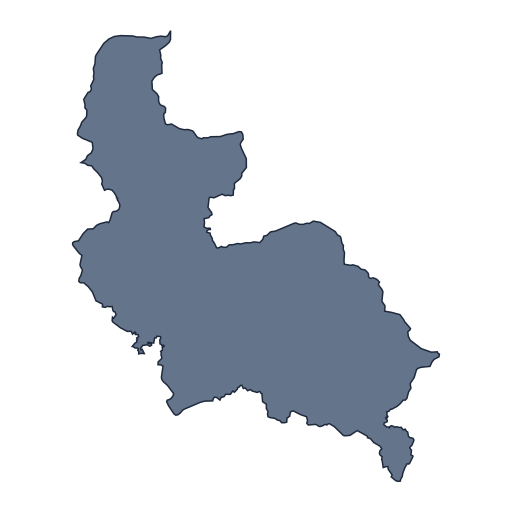 the district of Dong Hy, Thái Nguyên, Vietnam
{"feature_id": "81297802B71869801036686", "entity_name": "Dong Hy", "entity_type": "district", "adm_level": 2, "iso_a3": "VNM", "parent_name": "Vietnam", "parent_adm1": "Thái Nguyên", "projection": "mercator", "projection_center": [105.922, 21.685], "detail": "fine", "context": "isolated", "style": "filled", "palette": "slate", "viewbox_px": 512, "rotation_deg": 0, "n_neighbors": 0, "source": "geoboundaries", "source_scale": "gbopen_adm2", "svg_char_len": 6024}
<svg xmlns="http://www.w3.org/2000/svg" viewBox="0 0 512 512"><path d="M88.2,92.2L84.0,98.8L83.8,99.9L85.0,104.6L84.9,107.9L86.9,110.2L86.6,116.2L85.9,117.6L81.8,122.2L80.3,126.2L78.0,130.1L77.4,134.0L77.7,135.1L82.4,138.3L91.7,142.1L92.3,142.7L93.0,148.8L91.3,152.9L87.6,155.5L85.8,159.3L81.0,162.6L84.8,163.3L87.9,165.4L91.7,165.8L93.8,168.9L97.6,172.6L101.6,177.7L102.4,181.3L101.7,184.0L104.5,190.3L107.0,189.2L108.7,189.1L112.1,190.2L114.5,193.1L116.5,196.6L116.5,197.8L117.8,198.4L117.2,199.7L118.7,201.9L119.9,205.0L119.3,208.5L118.7,209.4L116.6,211.1L113.3,211.6L112.1,212.8L110.0,220.2L108.6,222.7L106.9,221.9L99.9,223.7L96.6,225.3L93.2,228.8L87.6,229.1L83.1,233.7L78.5,240.8L74.3,241.6L72.7,242.7L72.6,244.3L73.2,245.7L79.2,253.3L81.9,255.4L80.0,264.4L80.3,266.2L82.2,269.6L82.3,270.8L80.7,275.9L79.2,278.2L78.8,281.3L79.5,282.2L80.7,282.8L83.7,282.8L88.2,286.6L92.5,292.1L96.0,300.9L102.3,304.0L102.7,305.4L102.3,306.8L105.1,307.4L107.6,306.3L109.4,306.8L112.1,306.4L112.9,310.4L113.6,311.5L114.9,311.8L116.1,314.6L113.6,318.3L112.5,317.2L112.1,320.5L112.8,322.0L120.6,327.9L127.3,331.4L131.0,331.3L132.6,334.2L134.9,332.0L135.8,333.0L135.2,333.7L135.3,334.5L138.0,334.6L138.7,336.7L136.8,337.8L136.8,338.5L137.5,339.5L136.6,340.1L136.8,342.1L134.9,343.2L132.2,346.5L133.7,346.8L134.6,347.8L137.7,348.2L138.4,348.8L137.7,350.2L138.7,351.4L138.7,353.9L140.9,353.4L144.3,353.6L142.2,349.3L140.9,349.9L140.7,349.5L140.8,348.1L142.8,345.4L147.4,344.8L149.7,346.2L150.3,346.0L151.6,345.2L151.4,343.8L147.6,343.1L148.0,342.3L153.7,343.1L154.6,338.0L156.2,337.9L156.9,336.2L160.5,336.6L160.8,338.0L159.8,339.9L160.0,343.9L161.4,344.6L162.1,346.0L163.6,345.2L164.0,346.1L164.0,346.5L162.3,347.4L162.4,350.2L160.6,351.3L161.4,353.1L160.9,354.6L161.7,357.0L161.7,358.5L158.1,362.0L158.0,364.7L160.9,364.9L163.0,366.2L161.4,377.2L161.8,379.4L163.2,381.6L167.4,385.3L173.6,393.6L173.2,395.5L171.1,398.3L169.6,399.4L167.3,400.1L166.6,401.5L168.5,405.7L173.9,413.8L175.8,415.2L177.9,414.8L180.3,413.0L182.7,410.2L184.1,409.2L200.6,402.2L205.0,401.1L212.7,400.9L213.4,398.5L214.6,397.1L216.8,397.5L219.9,400.1L221.2,397.3L223.9,396.8L225.7,394.2L230.4,394.4L232.6,391.2L233.2,391.0L234.2,392.2L234.8,391.9L237.4,389.1L237.7,387.5L239.4,386.9L240.5,385.4L241.9,385.3L243.3,388.5L244.5,388.0L245.6,388.3L247.5,390.7L250.6,389.6L251.9,390.9L257.3,392.5L259.2,391.4L259.8,391.6L261.1,393.4L261.9,393.7L262.6,401.7L266.4,404.3L266.3,408.4L268.1,411.8L267.5,413.9L268.0,416.7L270.1,417.6L275.0,418.4L277.2,420.0L279.9,420.6L281.6,422.7L284.7,422.7L286.7,422.2L287.0,418.1L289.7,416.2L290.4,412.0L293.0,410.8L300.5,414.6L306.5,416.7L307.5,420.5L306.8,423.4L308.3,425.0L315.3,424.4L316.5,424.7L319.0,426.4L320.2,426.5L322.4,425.9L325.0,424.4L326.9,425.0L327.6,424.1L329.5,423.7L334.4,426.7L343.3,435.4L344.7,435.8L349.9,435.4L357.2,430.6L366.9,435.9L367.5,436.5L367.5,437.7L370.5,438.7L373.7,442.5L379.9,446.1L381.8,448.9L380.1,450.4L379.4,453.2L379.9,454.8L382.2,456.9L381.6,459.4L382.2,460.9L383.2,467.6L386.0,466.6L388.0,466.7L388.2,469.3L392.1,474.9L391.2,476.9L395.7,480.6L397.5,481.3L400.2,481.2L400.9,478.9L402.2,476.6L402.8,473.2L404.9,467.7L407.0,463.9L408.9,464.0L409.6,463.3L412.9,456.7L412.9,455.9L410.9,454.8L411.5,450.3L409.7,447.8L410.3,446.7L411.8,445.5L413.8,440.7L413.8,439.6L413.0,438.3L409.6,437.5L408.4,436.1L407.7,432.0L406.4,431.2L405.2,429.1L403.3,429.9L401.1,427.2L399.5,427.5L396.4,426.7L394.5,427.3L393.8,426.4L391.3,425.7L390.0,426.5L389.4,427.8L388.7,427.0L386.9,427.1L383.8,424.6L384.2,423.0L386.8,422.0L387.3,421.2L387.3,420.3L385.6,418.0L386.3,417.1L386.9,418.1L387.9,416.5L386.8,414.8L387.0,413.1L386.6,411.9L388.9,411.3L390.2,409.5L392.2,409.0L397.3,406.2L400.3,403.6L403.1,400.2L405.3,400.1L406.9,398.4L408.6,391.9L410.9,388.4L410.2,383.6L414.2,377.5L416.5,369.7L417.8,368.4L420.9,367.3L430.0,366.4L431.9,362.2L434.0,359.4L439.0,356.8L439.4,354.1L438.0,353.3L437.3,351.8L431.4,352.2L421.2,348.6L410.2,340.2L408.3,336.3L407.8,331.8L410.1,329.7L410.5,328.5L404.8,321.9L403.5,319.4L399.9,314.6L391.2,312.3L384.7,311.2L385.0,305.9L381.9,301.2L382.9,291.8L381.9,289.4L378.5,285.0L378.7,283.4L379.5,282.1L377.0,279.5L375.4,278.6L373.1,277.9L370.6,278.4L369.2,277.7L368.5,276.5L368.6,274.7L368.1,273.1L365.2,270.0L360.9,269.1L358.2,266.4L352.8,264.8L350.5,265.3L344.3,264.2L344.0,260.7L344.5,252.7L343.2,249.0L343.4,245.5L341.9,243.2L340.8,237.5L340.0,236.3L337.4,234.9L335.3,231.6L320.5,222.4L313.3,221.1L309.4,223.5L306.8,223.2L303.2,224.4L299.2,224.3L296.1,223.0L294.5,223.1L275.4,231.1L270.5,231.9L266.9,235.4L263.8,236.1L262.8,239.3L259.8,242.6L254.2,241.9L249.6,242.9L246.1,242.7L240.5,244.0L237.6,243.5L233.6,244.6L229.0,244.9L226.4,247.3L223.3,247.3L221.5,246.4L218.2,248.0L216.6,247.8L214.4,243.2L212.5,240.4L212.1,238.1L210.3,234.9L210.2,233.2L206.8,232.2L206.8,231.0L207.4,230.3L208.7,229.6L210.4,229.5L210.1,228.2L206.7,228.3L204.0,226.9L204.5,222.7L204.1,218.7L208.9,217.6L209.8,216.0L212.0,214.7L211.6,212.6L208.0,207.4L209.1,198.0L210.3,197.2L214.0,197.8L222.1,194.2L225.3,195.7L228.1,195.2L230.8,195.7L233.2,195.1L233.5,189.9L234.5,188.6L234.4,183.4L240.3,178.6L241.8,175.9L241.7,173.4L246.4,167.5L246.3,158.6L241.5,148.5L240.2,144.4L240.8,142.7L243.2,139.2L242.8,134.5L241.5,131.9L238.8,131.6L233.4,133.6L227.2,134.3L220.1,136.6L210.9,136.7L208.0,137.8L203.2,137.8L202.1,138.8L198.3,137.8L196.8,136.6L193.2,131.4L192.3,130.8L188.1,129.5L184.1,129.7L179.3,128.6L171.5,124.0L167.6,124.8L165.5,123.9L163.9,118.0L163.7,114.1L165.4,112.3L165.6,108.1L164.3,106.5L160.4,104.9L159.0,102.7L158.5,99.6L158.7,96.8L156.9,93.6L152.4,89.6L151.9,81.1L154.3,77.5L157.1,75.0L162.0,73.3L161.7,64.8L162.3,62.8L160.6,58.2L160.8,55.1L159.6,49.9L165.6,45.6L169.3,42.2L170.5,39.5L170.6,30.7L168.0,35.3L166.8,36.3L165.1,36.7L160.9,36.1L156.2,36.8L150.9,38.4L144.2,37.1L136.7,37.0L133.2,36.0L120.7,35.6L114.2,36.5L108.9,39.0L103.9,43.3L96.2,54.8L95.4,56.8L95.0,63.6L93.3,68.6L94.0,73.1L93.4,76.8L93.9,79.3L90.7,85.9L91.3,88.3L91.1,90.2L89.5,92.1L88.2,92.2Z" fill="#64748b" stroke="#1e293b" stroke-width="1.5"/></svg>